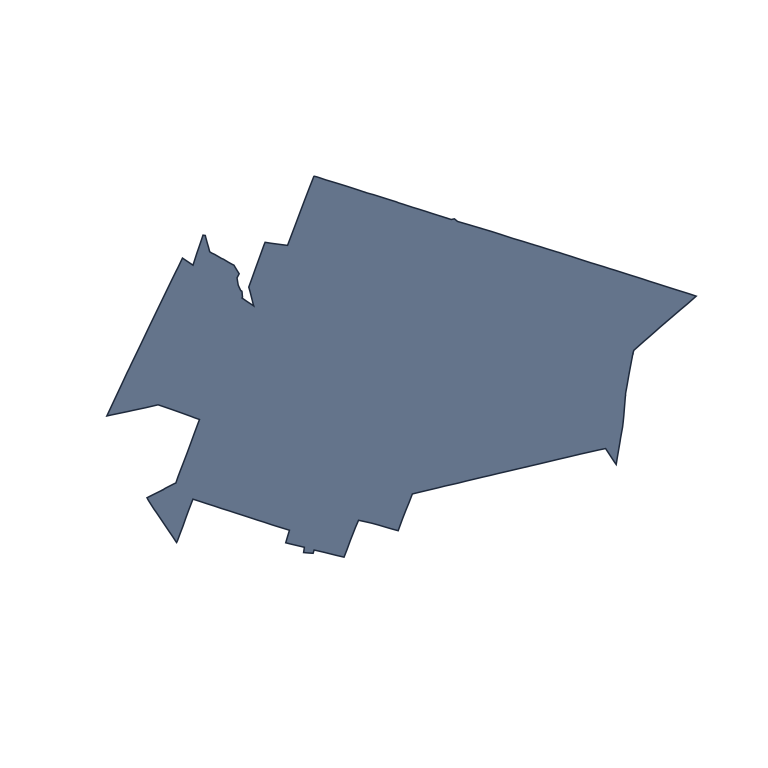 Comlosu Mare, Timis, Romania, rotated 304°
{"feature_id": "2599482B85434037080352", "entity_name": "Comlosu Mare", "entity_type": "district", "adm_level": 2, "iso_a3": "ROU", "parent_name": "Romania", "parent_adm1": "Timis", "projection": "equal_earth", "projection_center": [20.641, 45.886], "detail": "fine", "context": "isolated", "style": "filled", "palette": "slate", "viewbox_px": 768, "rotation_deg": 304, "n_neighbors": 0, "source": "geoboundaries", "source_scale": "gbopen_adm2", "svg_char_len": 3903}
<svg xmlns="http://www.w3.org/2000/svg" viewBox="0 0 768 768"><g transform="rotate(304 384 384)"><path d="M631.4,593.7L629.6,587.1L627.6,580.4L625.6,573.8L623.6,567.0L621.6,560.2L619.6,553.3L617.6,546.6L615.7,539.7L613.7,532.9L611.7,526.3L609.7,519.4L607.9,513.2L606.9,509.9L605.8,506.5L605.2,504.3L604.1,500.4L602.1,494.0L601.2,491.0L600.2,487.9L598.3,481.3L596.4,474.7L594.7,468.6L594.5,467.9L592.7,461.9L592.3,460.6L590.9,455.5L590.3,453.8L588.8,448.8L587.8,445.6L586.9,442.6L585.2,436.7L584.6,434.8L583.2,430.4L583.0,429.5L582.9,429.2L582.3,427.5L582.3,427.4L579.9,419.3L576.8,409.6L573.7,398.6L570.9,388.9L567.7,378.7L563.5,365.3L559.9,354.1L560.3,350.0L558.0,347.8L557.8,347.2L552.2,328.2L550.3,321.4L549.8,319.8L548.3,314.7L546.4,308.7L546.2,307.9L544.5,302.0L544.0,300.1L542.6,295.5L542.2,294.1L542.2,293.7L541.7,291.6L540.8,288.7L538.9,282.3L536.9,275.5L535.0,269.1L534.0,266.3L532.8,262.7L530.7,255.0L528.8,248.3L526.8,241.4L524.8,234.8L522.8,228.3L520.7,221.7L519.1,215.7L518.2,212.6L517.3,210.1L517.0,209.8L516.7,209.8L505.0,212.4L492.8,215.2L480.5,218.1L468.0,221.1L456.1,223.9L445.0,226.5L443.9,224.4L440.7,218.0L437.6,211.8L435.0,206.2L432.0,206.8L420.5,209.7L408.8,212.6L396.7,215.7L388.7,217.7L385.5,221.5L379.3,228.4L377.9,229.9L375.9,232.3L375.9,231.2L375.8,224.5L375.9,218.2L377.0,218.1L377.8,217.4L378.2,217.0L380.0,215.6L381.1,214.7L381.3,214.4L381.5,214.1L381.5,213.7L381.4,213.6L381.4,213.4L381.3,213.2L381.4,212.9L383.3,209.7L384.5,207.8L386.6,205.8L389.8,202.8L392.6,202.5L394.4,202.3L396.0,198.7L397.8,194.8L398.6,193.2L398.3,191.0L397.9,186.2L397.9,185.3L397.8,183.9L397.7,181.2L397.4,179.8L397.2,178.6L397.2,178.0L396.9,173.5L396.8,172.0L396.8,171.4L396.2,167.8L396.2,167.5L396.2,167.0L396.2,165.5L397.1,164.5L399.4,161.9L401.6,159.2L404.8,155.5L405.8,154.3L407.2,152.8L406.2,150.7L401.2,152.1L394.2,154.0L388.1,155.6L375.7,159.2L375.7,151.6L375.7,146.5L365.0,148.1L361.5,148.5L352.7,149.7L343.7,151.0L326.3,153.5L323.5,153.9L302.0,157.0L280.1,160.3L272.5,161.4L258.5,163.4L255.0,164.0L250.1,164.6L237.1,166.7L215.2,170.1L210.8,170.8L202.5,172.1L205.9,175.3L218.3,187.4L221.4,190.3L231.0,199.6L235.1,203.4L240.4,208.3L241.7,213.0L244.3,222.7L247.0,233.2L249.4,242.8L249.9,245.2L251.4,250.9L247.9,251.7L236.7,254.4L226.3,257.0L216.5,259.4L205.2,262.0L199.0,263.4L191.8,265.1L185.5,266.8L184.2,265.9L176.2,261.5L175.3,261.0L174.2,260.5L173.1,260.1L172.4,259.9L172.3,259.5L170.6,258.8L170.6,258.7L162.9,254.3L157.2,251.1L155.8,253.7L153.0,260.1L151.6,263.3L150.2,267.1L147.5,273.8L144.7,280.7L142.1,287.1L139.4,293.9L136.9,299.8L136.6,300.7L138.7,300.4L146.5,298.5L153.9,296.8L161.8,294.7L169.9,292.7L181.7,290.0L183.7,296.9L185.8,304.4L187.9,311.5L189.9,318.9L192.1,326.1L194.1,333.2L196.2,340.4L198.2,347.4L200.3,354.9L202.4,361.9L204.5,369.6L206.3,375.6L208.2,381.8L209.9,387.4L203.7,389.3L197.4,391.3L198.9,395.5L200.6,400.0L202.3,404.5L204.1,409.3L199.3,411.6L201.4,415.4L204.0,419.9L207.3,418.9L211.1,428.8L215.3,440.4L218.1,447.7L226.2,445.9L235.4,443.6L244.0,441.7L248.9,440.6L256.8,439.1L259.5,445.9L261.8,451.8L264.0,458.3L266.0,464.7L267.9,470.7L270.3,477.8L282.8,474.7L291.7,472.7L299.6,471.1L308.7,469.0L314.1,473.9L328.1,486.8L333.4,491.5L337.9,495.8L343.3,500.9L349.6,506.5L355.8,512.2L361.8,517.7L367.4,523.0L373.7,528.7L381.3,535.8L389.0,542.9L398.6,551.8L404.4,557.2L411.7,563.9L418.6,570.2L425.9,577.0L435.3,585.6L442.7,592.6L449.4,598.9L454.4,603.8L448.4,618.1L447.1,621.5L448.2,621.0L453.4,618.6L468.5,611.8L471.2,610.5L481.7,605.9L486.9,603.2L491.9,600.5L495.6,598.4L503.8,593.8L508.4,591.2L509.3,590.8L509.8,590.6L510.8,589.8L513.0,588.8L515.6,587.7L519.0,586.2L528.8,581.8L533.4,579.8L540.6,576.7L541.7,576.2L544.6,575.0L546.5,574.1L548.0,573.7L548.3,573.7L548.4,573.3L551.6,572.3L565.4,575.8L570.0,577.1L582.7,580.4L585.5,581.1L593.5,583.3L611.6,588.3L619.8,590.7L631.0,593.6L631.4,593.7Z" fill="#64748b" stroke="#1e293b" stroke-width="1.5"/></g></svg>